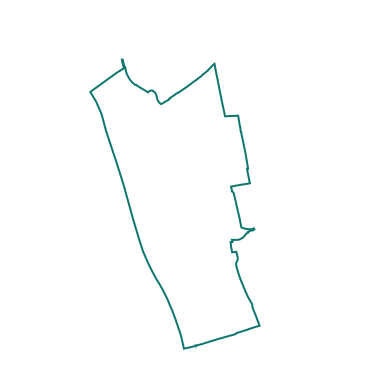 the district of Gorinchem, Zuid-Holland, Netherlands, rotated 63°
{"feature_id": "6326949B72596125477073", "entity_name": "Gorinchem", "entity_type": "district", "adm_level": 2, "iso_a3": "NLD", "parent_name": "Netherlands", "parent_adm1": "Zuid-Holland", "projection": "natural_earth1", "projection_center": [4.979, 51.841], "detail": "fine", "context": "isolated", "style": "outline", "palette": "teal", "viewbox_px": 384, "rotation_deg": 63, "n_neighbors": 0, "source": "geoboundaries", "source_scale": "gbopen_adm2", "svg_char_len": 5613}
<svg xmlns="http://www.w3.org/2000/svg" viewBox="0 0 384 384"><g transform="rotate(63 192 192)"><path d="M327.9,270.3L328.2,269.2L328.6,267.7L329.1,265.8L329.5,264.1L330.0,262.1L330.6,259.6L330.2,258.5L330.3,258.3L330.7,258.3L330.6,258.2L330.6,257.9L330.7,257.5L330.8,257.2L331.0,257.3L331.6,253.9L332.0,252.2L332.2,251.0L332.3,250.2L332.5,248.8L332.8,247.2L333.1,245.7L333.2,245.4L333.2,244.5L333.3,243.9L333.4,243.5L333.6,242.6L334.1,239.8L334.3,238.8L334.4,238.0L334.5,237.1L334.8,236.1L334.9,235.2L335.1,234.3L335.2,233.6L335.3,233.1L335.5,232.7L335.8,231.0L336.0,229.7L336.3,228.2L336.5,227.5L336.6,226.9L336.8,225.9L336.9,225.0L337.0,224.5L337.0,224.3L337.2,223.8L337.3,223.2L337.4,222.7L337.6,221.8L337.8,221.0L338.0,219.9L338.1,219.6L338.2,219.0L338.3,218.3L338.3,217.8L338.3,217.3L338.2,217.1L338.1,216.7L338.0,216.4L337.9,216.1L338.0,215.8L338.1,215.4L338.1,215.1L338.2,214.8L338.3,214.1L338.5,213.1L338.7,211.9L338.9,210.8L339.1,209.7L339.3,208.4L339.4,207.6L339.7,206.3L339.8,205.5L339.9,204.8L339.9,204.4L339.9,203.9L340.3,201.5L340.9,197.6L341.2,195.8L341.5,194.3L341.8,192.5L339.0,192.2L336.3,191.9L334.3,191.7L332.1,191.4L330.3,191.2L328.9,191.1L328.7,191.1L325.4,190.8L322.8,190.6L322.5,190.6L322.3,190.5L322.1,190.4L321.0,190.0L319.7,189.5L319.4,189.4L319.1,189.3L318.9,189.3L317.6,189.4L316.5,189.5L314.5,189.6L313.0,189.7L311.4,189.7L309.0,189.7L307.8,189.6L307.2,189.6L304.1,189.4L302.6,189.3L301.2,189.2L299.7,189.1L298.0,188.9L295.9,188.8L293.8,188.6L292.5,188.5L289.8,188.2L288.6,188.0L287.3,187.8L285.3,187.5L281.5,186.8L280.9,186.7L279.2,186.4L278.3,186.1L278.1,186.1L276.9,185.7L276.5,185.6L276.1,185.4L275.7,185.1L275.4,184.9L275.2,184.6L275.0,184.3L274.7,184.0L274.4,183.6L274.0,183.1L273.7,182.6L273.3,182.2L273.1,182.1L272.8,181.9L272.6,181.7L272.2,181.5L271.7,181.3L270.8,180.9L270.5,180.8L269.5,180.6L268.1,180.3L267.2,180.1L265.4,179.7L264.6,181.8L264.0,183.6L263.1,183.4L260.9,182.7L259.1,182.2L257.9,181.8L257.0,181.4L256.1,181.1L254.6,180.5L254.1,180.3L254.5,179.5L254.5,179.4L254.7,179.1L254.4,179.0L254.7,178.4L253.6,178.0L253.0,178.0L252.8,178.0L254.4,175.0L255.4,173.0L256.0,170.5L256.0,169.9L255.8,168.4L255.7,167.5L255.7,166.8L255.4,166.1L255.3,165.9L254.9,165.1L253.9,162.7L253.1,160.9L253.7,160.6L253.4,159.9L253.1,159.3L253.1,159.2L253.1,158.7L252.9,158.4L253.0,157.1L253.3,156.6L253.9,155.1L253.7,153.4L252.4,153.4L252.4,154.2L252.3,154.6L252.2,155.2L252.1,155.7L251.9,156.2L251.8,156.7L251.4,157.4L251.3,157.7L251.2,157.9L250.5,158.9L250.2,159.4L249.8,160.1L248.4,161.7L248.4,161.9L246.0,164.1L234.7,160.9L230.5,160.0L228.2,159.4L224.5,158.4L220.1,157.3L211.7,155.3L210.8,155.6L210.2,155.9L210.0,156.0L209.7,156.1L209.6,155.8L207.5,155.5L207.3,155.3L204.9,154.8L207.2,147.0L209.2,140.7L209.3,140.6L210.5,136.5L198.5,133.1L196.4,132.4L196.8,131.5L181.6,126.7L177.2,125.5L174.9,124.9L166.1,122.5L160.6,121.0L160.6,120.9L160.4,120.9L160.1,121.4L160.0,121.6L160.0,121.4L159.9,121.2L159.1,120.8L157.5,120.1L156.3,119.5L156.2,119.5L155.8,119.7L153.4,118.9L148.5,117.4L147.2,116.9L146.9,116.9L146.2,116.6L144.9,116.3L139.9,127.5L139.5,128.2L134.2,126.7L132.8,126.4L132.5,126.3L132.2,126.2L131.4,125.9L130.4,125.7L129.6,125.5L129.0,125.4L128.8,125.3L127.9,125.1L126.4,124.6L125.9,124.4L124.7,124.2L124.3,124.0L123.1,123.8L122.9,123.7L121.7,123.3L121.5,123.2L121.2,123.2L120.8,123.1L120.3,123.0L116.6,121.9L115.9,121.7L114.8,121.4L111.9,120.6L111.5,120.5L111.3,120.4L108.4,119.6L107.1,119.2L105.4,118.8L104.7,118.5L103.2,118.1L102.7,118.0L102.1,117.8L101.6,117.7L101.2,117.5L100.8,117.4L100.1,117.3L99.6,117.2L98.4,116.8L97.8,116.6L97.5,116.5L97.2,116.4L96.7,116.3L96.4,116.2L95.2,115.9L94.1,115.6L93.1,115.3L92.2,115.0L90.7,114.6L90.3,114.5L89.2,114.1L87.9,113.7L87.9,113.9L88.4,115.4L89.6,119.0L90.4,121.5L90.6,122.1L90.8,122.3L91.1,123.3L91.4,124.3L91.4,124.5L91.6,125.5L91.8,126.8L91.9,127.4L92.0,127.7L92.1,128.3L92.2,128.7L92.4,129.5L93.1,131.5L93.2,131.9L93.3,132.7L93.4,133.5L93.5,134.1L93.9,136.2L94.0,136.5L94.4,139.5L94.7,141.4L95.1,143.5L95.3,144.6L95.4,145.4L96.0,148.9L96.4,152.0L97.3,158.9L97.1,158.9L97.3,161.6L97.4,162.2L97.6,163.4L97.8,164.9L97.9,165.6L98.4,169.7L99.0,169.7L99.1,169.8L99.1,170.2L99.3,171.5L99.3,172.5L99.4,173.1L99.4,174.1L99.5,177.1L99.6,177.5L99.6,177.8L99.7,179.6L99.3,179.8L98.8,180.1L97.7,180.5L96.4,180.8L94.8,180.9L93.0,180.7L91.0,180.2L89.3,179.8L87.8,179.7L86.1,180.0L84.7,180.6L84.2,181.1L83.9,181.0L83.8,181.3L83.3,181.7L82.9,182.7L82.7,184.1L83.3,185.6L83.0,186.1L82.3,186.5L78.8,188.6L78.2,189.0L77.7,189.4L76.7,190.0L72.4,192.6L71.2,193.0L70.8,194.1L69.7,194.5L67.4,195.4L65.3,196.0L63.3,196.3L61.8,196.5L59.9,196.5L57.5,196.5L55.2,196.2L53.1,195.6L50.6,195.1L50.6,194.9L48.8,195.0L48.0,194.9L46.7,194.7L45.5,194.4L44.8,194.2L42.6,193.6L42.2,194.4L43.5,194.8L44.4,195.0L46.4,195.5L47.4,195.7L48.3,195.9L49.1,196.1L50.0,196.4L50.4,196.6L50.5,196.8L50.9,196.9L50.9,197.3L51.3,201.3L51.3,202.2L51.6,204.8L51.8,206.4L52.4,210.0L53.3,215.9L55.6,230.5L56.4,235.3L56.7,237.2L68.0,236.4L81.5,237.2L98.9,240.9L133.0,246.1L154.0,249.6L190.4,257.0L209.7,260.5L220.3,262.2L222.6,262.6L231.4,263.1L236.2,263.4L244.3,263.5L251.2,263.3L254.1,263.2L254.7,263.2L257.0,263.0L258.5,262.8L261.0,262.7L263.8,262.6L266.3,262.5L267.3,262.5L268.9,262.5L270.3,262.5L271.3,262.5L273.5,262.5L276.3,262.6L277.7,262.6L278.6,262.7L279.8,262.8L280.5,262.9L283.5,263.2L286.1,263.3L287.8,263.4L289.2,263.5L291.5,263.7L292.0,263.8L295.1,264.2L295.3,264.2L297.3,264.4L300.3,264.9L304.2,265.4L310.4,266.3L311.6,266.4L312.2,266.5L313.4,266.8L315.3,267.2L317.2,267.6L318.8,268.0L324.5,269.4L327.9,270.3Z" fill="none" stroke="#0f766e" stroke-width="2"/></g></svg>